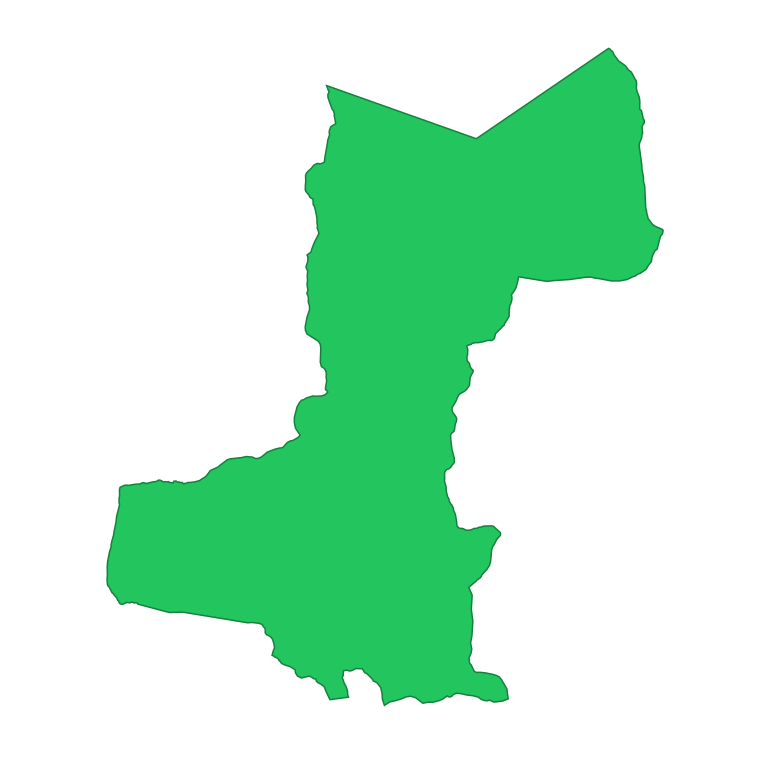 the district of Molinos, Salta, Argentina, rotated 177°
{"feature_id": "61730980B63550758975873", "entity_name": "Molinos", "entity_type": "district", "adm_level": 2, "iso_a3": "ARG", "parent_name": "Argentina", "parent_adm1": "Salta", "projection": "albers", "projection_center": [-66.4, -25.575], "detail": "fine", "context": "isolated", "style": "filled", "palette": "green", "viewbox_px": 768, "rotation_deg": 177, "n_neighbors": 0, "source": "geoboundaries", "source_scale": "gbopen_adm2", "svg_char_len": 6086}
<svg xmlns="http://www.w3.org/2000/svg" viewBox="0 0 768 768"><g transform="rotate(177 384 384)"><path d="M659.7,179.1L658.8,178.2L657.6,177.8L655.9,177.8L652.8,179.3L649.8,178.8L646.7,179.4L644.8,178.3L643.3,178.7L641.8,178.1L641.3,177.0L610.2,167.0L597.0,166.7L532.8,152.7L528.1,152.7L522.1,151.7L518.9,150.6L517.6,149.3L517.3,148.0L515.9,146.6L515.4,144.6L515.7,142.2L515.1,140.6L514.1,139.6L512.4,138.8L509.9,136.8L508.7,134.9L508.0,132.3L507.4,129.9L507.2,126.1L508.7,123.0L510.0,118.8L508.3,118.1L507.2,116.9L505.1,116.1L503.7,114.6L503.3,113.1L502.3,112.7L501.7,111.3L500.5,110.1L497.5,108.5L492.3,106.6L487.7,103.2L487.5,100.2L485.7,96.9L481.9,94.7L474.1,96.2L471.5,94.9L469.4,93.3L467.3,92.9L467.2,90.9L465.5,89.1L462.6,87.4L459.6,84.9L457.9,79.9L454.5,71.6L435.8,73.1L436.5,75.2L436.5,78.8L436.9,81.0L437.6,83.6L439.6,87.9L440.2,90.6L441.1,92.7L440.0,95.1L439.5,99.7L436.3,100.3L433.0,99.1L430.5,99.8L426.9,101.3L420.5,100.7L418.4,96.7L416.5,95.9L411.3,90.2L410.2,88.0L406.8,86.2L403.1,80.9L402.1,74.8L402.1,69.4L400.4,63.0L394.9,66.2L388.9,67.2L383.3,68.6L377.9,70.5L373.6,70.8L368.8,69.0L361.9,63.2L355.9,64.0L352.0,63.6L346.0,64.8L342.1,66.1L337.2,69.2L335.5,68.0L333.0,68.3L331.4,70.0L328.2,71.4L323.2,70.7L318.1,69.2L311.4,68.0L306.5,66.5L303.2,63.8L299.5,62.5L297.1,62.2L295.4,62.8L290.8,60.6L282.6,61.1L276.5,63.0L277.3,73.3L282.2,82.7L284.5,85.7L286.9,87.0L290.7,88.4L297.4,90.1L303.3,91.1L306.5,91.1L308.8,92.2L311.7,99.0L313.1,100.7L313.4,106.1L311.4,109.9L310.2,114.8L311.1,120.8L309.4,127.8L307.7,142.4L308.6,154.5L307.0,168.5L310.0,176.5L302.1,182.5L301.2,183.6L300.3,183.9L297.7,185.8L296.8,186.9L296.4,188.2L291.1,193.2L288.2,197.3L286.9,201.0L285.1,213.2L283.7,216.3L282.8,217.3L279.2,223.4L275.9,226.5L275.5,227.6L275.5,229.0L275.7,229.6L282.3,236.3L283.9,236.7L291.7,236.9L294.8,236.0L296.7,236.0L298.6,235.1L301.4,235.0L304.8,233.8L307.5,233.5L309.9,233.8L312.3,235.3L314.0,235.8L315.5,235.8L316.8,236.4L318.6,238.6L318.7,242.7L319.5,249.9L321.1,254.2L321.3,256.4L322.6,259.6L323.7,261.0L325.1,264.0L325.1,265.5L326.3,268.0L327.4,273.5L327.4,278.5L328.6,283.1L328.1,292.2L327.4,293.5L326.2,295.1L323.6,295.9L321.3,297.7L320.5,299.0L318.1,301.7L317.7,303.2L317.7,306.4L319.5,314.6L320.2,324.2L320.2,329.8L318.9,331.4L316.7,333.0L316.0,334.5L315.0,339.9L313.7,342.8L313.2,345.6L313.8,347.3L316.9,352.3L317.4,354.7L317.2,356.8L313.0,363.1L311.5,366.6L309.7,369.2L308.3,370.5L304.6,372.2L302.2,373.9L298.8,378.0L297.7,385.4L296.6,387.9L294.3,391.7L294.3,392.8L294.8,393.8L295.6,394.2L297.1,396.8L297.5,399.8L299.8,403.2L299.8,406.7L299.1,408.4L298.5,414.0L299.4,417.5L298.5,418.2L294.7,419.1L293.6,420.0L290.3,420.5L288.1,420.3L283.2,420.9L278.1,422.1L276.4,422.1L275.2,421.7L273.7,421.9L271.3,423.7L270.2,428.0L268.8,429.6L263.8,433.9L262.9,435.1L261.0,436.3L260.5,437.8L255.8,444.6L255.4,445.5L255.4,448.1L254.9,450.0L255.2,451.3L254.8,452.0L254.4,455.3L253.4,457.1L251.9,461.3L251.7,464.4L252.1,466.3L248.1,471.5L246.8,474.1L244.6,481.1L244.2,483.7L243.9,484.0L215.8,477.9L208.9,478.4L193.0,478.6L177.5,480.0L174.2,480.0L171.1,479.8L168.4,478.8L163.3,477.9L151.4,475.0L143.2,474.6L135.9,475.6L129.5,478.2L126.9,478.9L124.9,480.5L122.5,481.0L116.4,484.7L113.3,489.3L110.5,492.3L109.9,496.1L108.8,498.7L106.2,503.2L104.6,503.9L103.8,505.5L100.1,517.3L98.1,519.2L97.2,522.7L98.0,523.9L105.3,527.5L107.7,529.6L111.1,534.6L111.9,536.5L111.9,537.9L112.7,540.9L112.7,542.9L113.4,545.7L113.3,568.1L114.2,572.2L114.1,577.4L115.2,585.2L115.1,589.2L116.7,608.5L116.4,610.6L113.7,616.6L113.6,618.5L112.7,620.6L112.8,627.2L111.9,629.3L110.5,630.9L110.2,633.5L111.2,635.4L112.6,643.5L114.2,645.1L113.7,653.6L114.2,657.7L115.6,661.6L116.4,665.0L116.4,668.0L116.0,670.6L116.3,673.7L117.8,676.3L119.3,679.9L121.0,682.9L123.3,684.6L126.2,689.1L132.8,694.4L136.8,700.3L138.4,704.1L140.1,705.4L140.5,706.4L142.2,707.4L279.0,624.1L425.7,685.0L424.4,680.5L423.4,679.4L425.0,675.6L424.9,672.7L421.4,661.1L419.8,658.8L419.9,658.0L419.3,656.1L419.7,655.1L418.6,646.5L423.6,643.8L425.3,640.0L425.6,637.8L425.3,635.8L427.5,630.2L428.1,626.6L431.3,612.9L431.9,608.8L434.0,607.8L436.2,607.2L439.2,607.8L442.6,606.2L445.4,603.1L448.9,600.3L450.5,598.5L451.4,596.5L451.6,590.2L452.3,585.3L452.2,583.8L452.6,582.4L452.1,581.8L452.0,580.4L449.0,576.5L448.4,574.6L447.1,573.3L445.3,572.5L445.3,566.6L444.6,566.0L443.7,562.6L442.7,556.6L442.3,552.4L442.5,548.1L442.1,545.6L442.6,543.3L441.7,540.7L441.2,537.6L446.0,529.3L448.3,524.3L450.2,519.4L454.1,516.9L453.4,514.5L453.6,510.8L455.8,505.0L455.3,503.1L454.3,501.0L455.1,495.2L454.9,491.4L455.7,487.6L455.1,481.7L456.3,478.4L455.2,475.7L455.0,474.0L455.3,469.6L454.4,466.1L454.4,462.5L457.4,454.6L459.7,445.4L459.7,441.9L458.3,438.0L447.4,430.2L445.7,427.4L445.2,423.7L446.5,409.1L445.6,404.7L443.1,402.9L441.9,401.3L441.2,399.2L441.1,396.4L441.5,392.9L441.1,391.8L441.3,389.1L442.7,383.0L442.6,381.2L441.6,380.7L440.6,378.9L442.7,376.8L444.8,375.9L447.3,375.3L453.6,375.4L455.6,375.8L462.3,374.1L464.8,372.6L467.3,372.1L469.4,369.8L472.0,365.7L475.2,355.6L475.6,350.6L474.6,344.3L470.4,337.2L473.0,334.9L477.8,332.5L480.7,332.0L483.6,330.7L488.0,326.2L489.6,325.5L491.3,325.6L496.4,324.6L504.1,322.1L510.1,317.6L513.8,316.2L516.5,316.4L519.2,317.9L525.7,318.8L529.6,318.0L541.6,317.3L544.7,316.4L552.2,311.3L554.0,309.8L562.0,306.7L565.9,301.8L568.2,300.0L570.0,299.2L573.3,297.2L577.9,296.2L583.1,295.8L585.1,295.9L586.7,295.2L589.7,295.0L590.6,296.2L592.2,296.2L593.8,296.9L595.5,296.8L596.9,298.1L597.8,297.8L598.8,298.0L599.8,296.3L603.1,296.8L604.3,297.8L606.1,297.5L607.2,297.9L609.2,297.7L612.2,299.5L614.0,299.9L616.8,298.5L619.7,298.4L626.4,297.1L629.5,298.1L631.7,297.6L632.7,296.8L637.1,297.0L643.7,296.2L648.3,296.5L652.9,294.7L653.7,292.3L653.9,286.2L654.6,283.2L654.8,279.2L654.4,277.6L654.9,275.5L657.9,266.0L658.9,259.8L661.4,250.4L661.9,247.4L664.0,241.3L664.8,238.4L665.2,234.9L666.8,231.1L669.3,221.2L670.0,215.5L670.3,206.8L670.8,204.0L670.7,198.7L670.2,196.7L669.3,196.0L666.5,189.8L665.2,188.7L664.6,187.5L662.0,184.3L661.3,181.9L660.5,181.5L659.7,179.1Z" fill="#22c55e" stroke="#15803d" stroke-width="1.5"/></g></svg>